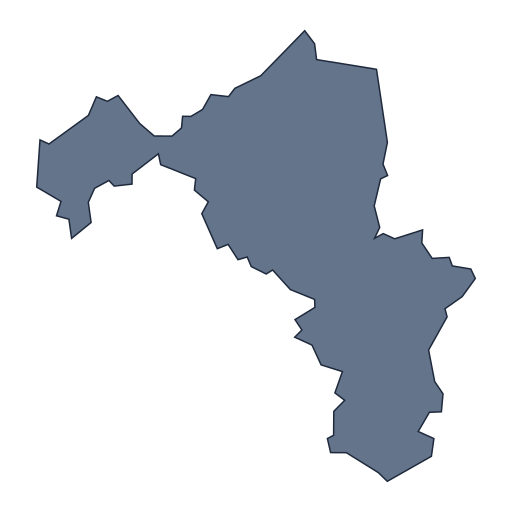 Perry, Kentucky, United States of America (Mercator projection)
{"feature_id": "52423323B29211296976241", "entity_name": "Perry", "entity_type": "district", "adm_level": 2, "iso_a3": "USA", "parent_name": "United States of America", "parent_adm1": "Kentucky", "projection": "mercator", "projection_center": [-83.253, 37.218], "detail": "fine", "context": "isolated", "style": "filled", "palette": "slate", "viewbox_px": 512, "rotation_deg": 0, "n_neighbors": 0, "source": "geoboundaries", "source_scale": "gbopen_adm2", "svg_char_len": 1213}
<svg xmlns="http://www.w3.org/2000/svg" viewBox="0 0 512 512"><path d="M71.6,238.4L91.1,222.5L88.3,202.3L94.6,188.3L108.9,180.5L114.2,186.1L132.0,184.1L132.1,174.0L158.4,153.8L160.7,164.7L195.7,178.6L194.4,190.1L208.3,201.8L201.8,213.7L217.3,248.7L228.1,244.4L238.0,259.7L247.2,257.0L251.3,266.6L266.2,274.0L272.6,270.0L290.4,289.6L314.6,299.4L314.9,307.4L295.0,319.6L301.9,330.0L294.7,337.2L312.0,345.1L321.1,364.9L342.4,371.6L334.9,392.9L344.7,400.3L333.8,411.3L333.6,435.3L327.4,438.5L330.6,452.6L346.4,452.7L378.3,472.6L387.3,481.3L431.4,456.3L433.9,438.6L418.2,431.5L429.4,412.3L441.4,411.8L443.0,393.8L434.7,381.6L428.6,350.0L447.1,316.9L445.0,308.7L462.1,296.7L475.3,278.5L470.8,269.0L452.3,265.9L449.2,257.4L432.2,258.4L421.8,243.0L422.6,229.9L394.7,238.8L383.2,233.6L374.6,238.3L379.7,227.4L374.2,205.9L380.6,178.9L387.6,175.5L383.0,164.1L387.4,142.4L376.5,69.3L316.6,59.6L314.6,43.8L304.7,30.7L260.8,75.7L234.9,88.3L228.5,96.6L210.9,94.6L202.6,109.4L190.9,116.4L182.6,116.3L181.5,127.9L172.0,136.1L154.2,136.0L139.7,123.5L118.1,95.5L107.3,101.3L96.4,96.8L88.4,115.4L49.0,144.0L40.0,139.9L36.7,187.1L61.0,201.4L56.5,215.8L68.9,219.2L71.6,238.4Z" fill="#64748b" stroke="#1e293b" stroke-width="1.5"/></svg>